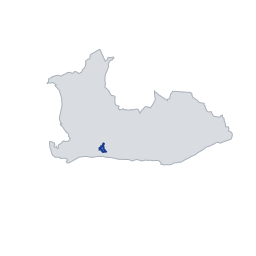 Santiago de Chuco, La Libertad, Peru (highlighted), rotated 302°
{"feature_id": "86281439B3188642373758", "entity_name": "Santiago de Chuco", "entity_type": "district", "adm_level": 2, "iso_a3": "PER", "parent_name": "Peru", "parent_adm1": "La Libertad", "projection": "albers", "projection_center": [-78.103, -8.267], "detail": "fine", "context": "in_parent", "style": "filled", "palette": "blue", "viewbox_px": 256, "rotation_deg": 302, "n_neighbors": 0, "source": "geoboundaries", "source_scale": "gbopen_adm2", "svg_char_len": 5458}
<svg xmlns="http://www.w3.org/2000/svg" viewBox="0 0 256 256"><g transform="rotate(302 128 128)"><path d="M180.4,78.1L180.3,78.7L179.5,79.0L178.7,78.5L177.6,78.7L175.9,77.1L171.9,77.3L170.1,79.0L167.4,79.4L164.5,80.1L161.2,80.4L156.0,83.2L154.8,84.4L152.4,86.0L150.5,86.6L149.5,91.8L147.6,94.8L146.8,96.5L147.8,99.0L147.8,100.2L146.7,101.2L145.9,101.3L144.1,102.4L141.4,104.6L141.0,106.4L141.8,108.7L141.5,109.0L139.3,109.4L139.4,110.7L138.9,111.2L140.7,113.1L141.7,113.6L141.8,114.0L141.6,114.5L141.2,114.7L141.2,115.1L142.5,116.5L143.4,119.3L145.3,120.7L145.3,121.6L145.8,122.5L146.8,123.2L149.1,126.0L149.1,127.3L146.7,130.2L150.7,130.3L155.0,131.3L155.6,131.8L156.1,133.2L156.2,134.1L157.0,134.8L156.9,136.4L162.7,136.5L166.4,136.2L172.5,131.3L173.5,130.9L173.0,132.0L172.9,132.8L173.2,133.6L172.5,134.8L172.2,146.9L173.3,146.3L174.7,147.5L175.7,147.5L179.0,146.2L182.9,146.5L191.4,162.5L190.6,163.6L190.7,164.4L189.6,165.0L188.4,166.3L188.2,172.5L187.3,174.4L187.8,175.4L188.2,177.4L189.0,178.6L189.2,179.4L189.1,179.7L187.8,180.3L187.7,181.5L185.5,183.6L185.0,185.1L184.2,185.6L184.0,187.3L186.0,190.1L184.6,191.7L183.4,194.1L185.3,199.3L186.1,200.1L187.0,200.1L188.3,200.5L189.0,201.3L187.3,202.2L187.1,202.7L187.1,204.3L185.3,205.6L182.9,208.7L182.3,208.9L181.1,209.8L180.8,210.3L181.0,210.8L182.0,211.8L182.1,212.9L180.4,214.3L179.2,214.5L178.7,214.8L179.2,216.8L179.1,217.7L178.7,218.8L177.9,219.9L175.3,221.0L173.0,221.2L169.1,218.2L167.9,216.9L164.1,214.4L163.5,211.7L162.2,210.4L159.9,209.4L158.0,208.0L156.6,207.4L153.1,204.4L149.9,203.4L143.9,200.2L140.7,199.1L136.6,196.2L134.4,195.3L132.6,194.0L127.2,191.0L126.3,190.1L125.5,188.6L124.3,187.8L123.0,185.8L120.9,184.6L119.0,183.1L116.6,178.9L115.5,178.0L115.4,176.1L114.6,175.2L115.8,174.6L116.6,171.7L116.2,170.3L113.4,166.3L112.9,164.7L110.9,161.7L110.2,159.9L108.5,158.5L107.9,157.4L107.0,156.9L106.9,155.5L106.3,152.9L105.4,151.5L102.2,149.0L101.9,146.3L101.2,144.5L96.6,136.8L94.0,129.5L91.8,125.4L90.9,123.1L90.8,121.8L89.2,119.7L88.3,117.7L84.6,113.9L82.5,109.6L82.2,108.4L80.7,106.1L78.3,103.0L77.1,101.8L70.0,98.1L66.6,95.9L66.3,94.7L66.4,94.0L67.1,93.4L68.2,93.9L68.8,93.6L69.3,92.8L69.3,91.5L68.6,89.9L66.3,86.8L66.9,85.4L64.6,81.8L65.1,78.2L65.6,77.3L69.0,73.7L70.0,72.2L71.5,71.2L73.0,69.8L74.8,68.7L75.3,69.0L75.9,70.9L75.8,72.2L76.3,73.6L75.0,74.9L73.7,74.7L73.1,75.0L72.9,75.6L73.2,76.6L73.5,77.0L74.5,77.0L73.2,78.9L73.3,79.3L74.3,79.6L75.2,79.1L76.1,78.0L76.7,77.9L80.2,79.7L81.8,79.5L83.1,80.3L83.2,81.7L85.0,84.3L87.6,84.9L88.0,84.7L88.6,83.7L89.2,83.6L89.3,82.1L91.5,80.5L91.9,79.5L91.5,78.7L91.6,78.1L92.9,74.7L93.3,74.3L93.7,73.2L94.2,72.5L95.0,68.7L95.6,68.7L96.2,69.6L96.9,69.4L96.5,68.5L96.7,68.2L99.2,65.1L100.0,64.5L112.0,60.2L118.1,55.9L123.5,49.8L125.2,43.7L125.8,44.2L126.8,44.0L126.5,41.5L126.7,40.4L126.7,40.0L125.0,38.5L124.4,36.9L122.9,36.0L123.0,35.6L124.5,36.0L125.9,35.8L127.1,34.8L128.0,34.9L130.0,36.3L131.5,36.5L131.9,37.4L133.3,38.2L135.4,40.3L136.3,42.6L136.2,43.1L137.1,44.3L139.1,44.9L141.0,46.6L143.0,47.2L143.9,48.7L144.5,49.2L144.8,50.1L144.4,51.1L144.7,51.7L146.2,52.6L147.5,52.7L147.8,53.1L148.5,55.7L148.0,56.9L148.1,57.6L149.8,58.3L150.3,58.8L151.6,59.0L153.6,58.5L155.9,59.3L157.7,59.0L158.5,58.8L159.4,58.3L160.1,58.3L162.0,56.7L162.5,56.6L164.5,57.3L166.1,58.5L168.2,58.3L169.0,57.6L170.5,57.3L173.2,58.7L173.8,59.3L174.5,59.5L177.4,60.9L177.9,61.5L179.4,62.0L179.7,62.5L179.6,62.9L172.6,73.3L174.7,74.2L176.7,73.7L177.7,74.4L178.4,76.1L179.9,77.3L180.4,78.1Z" fill="#d9dde1" stroke="#a8b0b8" stroke-width="1"/><path d="M94.2,119.2L94.2,119.3L94.2,119.5L94.3,119.5L94.5,119.6L94.7,119.8L94.8,119.9L94.7,120.0L94.8,120.2L94.8,120.3L95.0,120.4L95.1,120.5L95.1,120.4L95.3,120.3L95.5,120.3L95.8,120.3L95.8,120.5L95.7,120.7L95.7,120.8L95.8,120.9L95.8,121.0L95.7,121.1L95.7,121.3L95.8,121.5L95.9,121.8L96.0,121.9L96.0,122.0L96.4,122.0L96.5,122.0L96.5,121.9L96.5,121.7L96.5,121.4L96.4,121.4L96.3,121.2L96.5,121.0L96.5,120.9L96.6,120.7L96.8,120.7L96.9,120.4L97.0,120.2L97.1,119.9L97.1,119.7L97.1,119.4L97.2,119.2L97.3,119.2L97.4,118.9L97.3,118.7L97.5,118.7L97.7,118.4L97.8,118.4L98.1,118.2L98.3,117.8L98.5,117.8L98.6,117.7L98.8,117.7L99.0,117.7L99.2,117.4L99.3,117.1L99.3,116.9L99.4,116.7L99.5,116.6L99.5,116.4L99.6,116.2L99.8,116.1L100.0,116.3L100.3,116.3L100.4,116.2L100.5,116.3L100.8,116.3L101.0,116.3L101.3,116.3L101.4,116.2L101.5,116.2L101.9,116.1L102.0,116.1L102.1,115.9L102.1,115.7L102.1,115.4L101.9,115.4L101.7,115.3L101.6,115.2L101.4,115.1L101.3,115.3L101.2,115.3L101.0,115.5L100.9,115.6L100.7,115.6L100.4,115.6L100.3,115.4L100.2,115.4L99.9,115.4L99.7,115.4L99.7,115.5L99.4,115.5L99.2,115.4L98.9,115.3L98.9,115.2L98.9,115.3L98.9,115.5L98.7,115.6L98.7,115.4L98.4,115.4L98.5,115.3L98.4,115.2L98.3,114.9L98.3,114.7L98.2,114.7L98.0,114.8L97.9,114.8L97.8,115.0L97.7,115.0L97.4,115.0L97.2,115.1L97.1,114.9L96.8,114.9L96.8,115.0L96.7,114.9L96.7,115.0L96.7,114.9L96.5,114.7L96.4,114.6L96.1,114.4L95.9,114.4L95.9,114.5L95.8,114.4L95.7,114.4L95.5,114.5L95.5,114.4L95.5,114.5L95.4,114.5L95.3,114.8L95.2,114.8L95.0,115.0L94.9,115.0L94.7,115.3L94.4,115.4L94.5,115.5L94.8,115.7L94.9,115.8L95.0,115.8L94.9,115.8L95.0,116.0L95.3,116.1L95.5,116.1L95.6,116.3L95.5,116.5L95.4,116.7L95.4,116.8L95.3,117.0L95.2,117.1L95.3,117.1L95.4,117.3L95.5,117.3L95.5,117.6L95.5,117.8L95.5,118.0L95.4,118.0L95.2,118.2L95.0,118.3L94.9,118.5L94.7,118.7L94.4,118.7L94.3,118.8L94.3,119.0L94.2,119.2L94.2,119.2Z" fill="#3b82f6" stroke="#1e3a8a" stroke-width="1.5"/></g></svg>